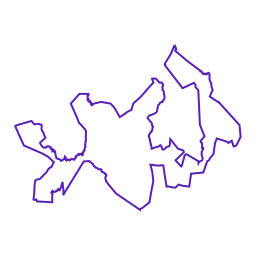 the district of San Pedro y San Pablo Tequixtepec, Oaxaca, Mexico
{"feature_id": "50627088B39649536593692", "entity_name": "San Pedro y San Pablo Tequixtepec", "entity_type": "district", "adm_level": 2, "iso_a3": "MEX", "parent_name": "Mexico", "parent_adm1": "Oaxaca", "projection": "equal_earth", "projection_center": [-97.719, 18.101], "detail": "fine", "context": "isolated", "style": "outline", "palette": "violet", "viewbox_px": 256, "rotation_deg": 0, "n_neighbors": 0, "source": "geoboundaries", "source_scale": "gbopen_adm2", "svg_char_len": 5785}
<svg xmlns="http://www.w3.org/2000/svg" viewBox="0 0 256 256"><path d="M189.2,186.6L191.1,173.7L203.3,172.5L207.2,161.3L208.8,160.4L209.3,159.7L210.1,158.0L213.5,154.1L215.0,143.1L216.9,138.5L226.7,141.6L228.4,142.9L231.7,140.7L233.6,146.4L236.1,145.7L238.0,142.3L240.6,136.8L239.5,125.1L218.0,101.3L218.4,102.3L209.8,96.6L211.6,92.2L212.7,90.0L211.3,86.1L211.5,85.2L211.3,83.6L211.0,83.4L210.9,82.6L210.1,81.2L209.5,79.3L209.6,77.2L209.4,76.1L209.4,75.4L209.7,74.3L208.9,73.1L208.3,72.8L207.4,73.3L207.1,74.0L206.7,74.3L205.7,73.7L205.2,74.2L204.3,73.5L203.9,73.5L203.4,74.1L202.2,73.1L201.7,71.5L200.3,71.4L200.2,70.9L200.3,70.7L187.0,60.8L184.3,58.5L175.1,50.7L176.3,49.0L175.5,47.2L175.4,47.8L174.0,46.3L170.5,54.6L165.0,63.3L165.0,65.4L182.6,88.2L194.0,82.8L195.5,84.8L195.5,87.1L198.3,90.2L199.9,124.8L204.5,136.3L200.6,140.9L200.8,141.9L200.8,142.3L201.9,142.9L202.2,145.6L201.9,147.7L202.3,147.9L203.3,148.0L203.4,148.3L203.3,149.1L202.7,149.6L202.3,150.7L201.7,151.8L201.7,155.4L202.4,157.2L202.7,158.6L202.4,159.9L201.0,161.0L199.9,161.3L199.3,161.9L198.5,163.2L198.3,161.2L186.7,154.3L185.4,154.6L184.5,155.7L184.2,157.2L183.1,161.0L182.0,165.3L181.1,166.4L175.5,160.3L183.8,152.3L183.6,151.2L183.2,150.4L178.0,148.7L170.3,139.1L169.9,142.5L170.0,143.5L169.7,145.2L169.1,146.2L168.4,146.5L167.6,146.6L166.0,147.3L165.6,148.0L164.1,149.4L163.8,149.5L163.1,149.6L162.6,149.4L162.1,149.0L161.9,147.3L160.5,145.2L159.8,145.5L159.1,146.2L158.4,146.4L157.1,147.1L155.9,147.2L154.4,147.8L151.6,148.7L151.5,148.2L151.6,147.6L151.6,147.0L151.2,145.9L151.1,145.7L151.0,144.7L150.8,144.4L150.9,143.9L150.4,142.9L150.3,141.6L149.8,140.3L149.9,139.1L149.2,137.7L149.1,136.8L149.0,136.5L148.6,136.1L148.6,135.8L148.7,135.6L149.1,135.4L149.4,134.2L149.5,133.9L149.8,133.8L150.0,133.7L150.4,132.4L151.3,132.1L151.7,131.3L151.7,130.5L152.1,130.3L152.5,129.6L152.3,128.7L152.5,128.2L152.5,127.8L152.8,127.5L153.0,126.7L152.6,126.4L152.5,126.0L152.5,125.5L151.9,125.1L151.9,123.8L151.8,123.1L147.9,118.6L147.6,117.9L148.7,116.1L149.9,115.2L150.7,115.2L152.9,114.3L156.2,112.6L156.8,111.8L157.1,110.7L157.4,108.9L157.7,107.9L157.8,106.4L158.1,105.4L159.8,103.6L159.8,103.1L160.3,102.6L160.7,102.5L160.9,102.2L161.6,101.9L162.3,102.1L163.0,100.8L163.5,100.0L163.8,99.8L164.6,97.6L164.3,94.9L163.9,94.4L164.0,93.9L163.9,93.6L163.8,91.8L163.4,90.8L162.4,89.8L162.6,89.0L162.7,87.9L162.3,87.0L162.5,86.3L163.1,85.7L163.1,84.9L162.7,84.2L162.6,83.6L161.6,82.5L161.3,82.4L160.6,82.7L159.2,82.5L156.4,79.1L155.7,78.7L153.2,78.5L152.0,78.8L153.4,82.6L147.3,89.2L144.2,92.9L140.7,96.8L133.3,103.5L131.4,109.9L127.3,111.9L124.3,114.2L119.8,117.1L114.4,107.7L110.6,103.6L101.0,101.9L92.3,104.0L92.5,104.9L92.1,104.9L91.8,105.2L91.5,104.9L91.4,104.7L91.4,104.1L91.2,103.8L91.1,103.0L90.7,103.3L89.9,101.6L90.0,101.1L89.7,101.1L89.0,101.7L88.6,101.7L88.6,100.4L88.0,100.3L87.6,100.0L87.6,99.6L87.7,99.4L88.4,98.8L88.3,98.7L87.5,98.6L87.4,98.4L87.7,97.5L87.5,96.5L87.5,96.0L87.6,95.8L88.0,95.7L88.4,95.3L87.7,94.9L87.6,94.6L88.4,94.2L88.4,93.9L79.4,93.9L70.8,103.6L75.6,114.4L79.2,123.1L80.3,124.0L84.7,128.9L85.9,130.9L86.1,131.7L85.9,132.9L86.0,135.4L85.8,136.0L85.7,137.8L86.1,139.0L85.8,141.3L85.5,141.3L85.6,141.8L85.2,143.3L85.3,144.1L85.0,144.5L85.5,146.1L85.6,146.5L85.0,147.1L84.7,147.7L84.8,148.7L84.3,149.7L84.6,150.4L84.4,150.8L83.6,151.1L83.3,151.6L83.5,152.1L82.8,152.5L82.4,153.0L82.5,153.5L82.9,153.8L82.7,154.8L82.2,155.2L80.9,153.9L80.5,153.9L79.9,153.9L79.7,154.1L79.5,154.7L78.5,155.0L78.1,155.0L78.0,154.5L77.0,155.7L76.4,155.7L76.1,156.0L76.2,156.7L75.6,156.7L75.5,158.1L74.8,158.6L74.6,159.5L74.1,159.7L73.2,159.1L72.5,159.3L71.9,158.9L71.0,159.2L70.6,159.8L70.0,159.6L69.8,160.1L69.3,160.4L68.2,159.6L67.6,159.4L67.3,159.6L66.6,160.6L66.0,160.2L65.8,158.1L65.5,157.2L64.8,156.6L64.5,158.5L64.3,159.1L63.4,159.4L61.4,160.9L61.0,160.9L60.2,159.5L59.6,159.2L58.1,159.1L56.4,158.2L56.1,156.5L55.7,155.7L55.4,154.4L55.1,151.3L54.7,151.0L54.0,151.7L53.7,151.5L53.6,149.9L53.4,149.4L53.1,149.4L52.7,149.8L52.2,150.5L52.1,149.4L51.9,149.1L51.6,148.9L50.7,148.8L50.5,148.2L50.9,147.6L50.7,147.3L49.5,146.8L48.9,146.3L48.1,146.6L47.1,146.3L46.1,147.4L45.4,147.7L44.5,147.4L43.9,147.6L43.4,147.5L42.7,147.0L40.7,144.5L40.0,142.8L45.4,137.8L44.2,135.2L43.9,134.0L43.3,132.3L41.8,130.3L41.7,129.7L41.5,129.1L41.6,128.5L41.6,127.4L41.8,126.4L41.5,124.7L39.9,124.5L38.5,123.8L34.4,124.3L33.5,123.5L33.3,123.1L32.7,122.6L31.9,121.4L31.4,121.0L25.6,122.6L18.3,124.8L15.4,125.8L15.4,126.7L23.9,145.5L42.1,153.4L47.9,156.6L51.5,159.9L53.8,162.1L51.4,167.1L50.2,167.5L48.9,168.6L47.8,169.9L46.4,172.5L43.4,175.2L42.6,176.1L42.2,176.8L41.7,177.0L39.5,179.2L37.4,179.3L36.6,179.6L35.2,180.6L34.6,185.2L34.2,194.2L33.6,198.4L33.5,199.6L33.9,199.8L34.8,199.9L36.3,199.4L37.0,201.4L52.3,202.3L52.2,197.6L52.4,194.3L51.4,192.4L52.0,191.5L52.5,192.3L52.8,192.4L53.0,191.3L53.5,191.8L55.1,191.8L55.6,191.3L56.6,191.3L57.2,190.8L57.1,190.3L58.3,189.1L58.7,189.9L59.6,190.3L61.1,186.9L62.5,181.9L63.5,191.2L63.4,193.3L63.1,195.1L83.8,161.4L89.5,161.1L89.6,161.7L90.0,162.2L91.1,162.5L92.2,163.6L92.7,163.7L93.9,166.1L94.8,166.5L95.6,167.6L97.1,168.0L97.7,168.7L98.3,169.1L99.5,169.4L100.6,169.1L100.9,169.2L101.2,169.4L101.4,169.6L101.5,169.9L101.5,171.4L102.0,171.8L102.8,172.1L102.9,172.3L103.7,172.4L104.5,173.1L104.8,173.8L105.3,173.9L105.6,173.8L106.3,174.7L106.4,175.0L106.1,175.5L106.0,176.4L105.5,177.0L105.3,178.0L105.3,178.7L106.0,180.3L106.0,180.9L106.2,181.3L108.0,183.8L116.0,193.5L139.9,209.7L139.8,209.1L140.1,208.9L141.9,208.3L149.4,202.4L151.7,189.3L153.3,181.2L152.3,172.1L150.4,164.7L152.4,164.8L156.6,165.5L159.0,165.6L160.6,165.3L163.3,165.4L164.8,175.5L166.6,186.7L168.3,186.4L172.3,187.4L175.5,187.6L178.6,184.6L182.8,185.8L189.2,186.6Z" fill="none" stroke="#5b21b6" stroke-width="2"/></svg>